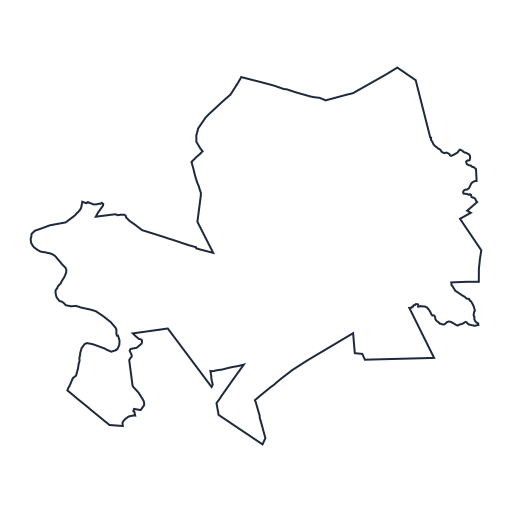 the district of Totolapa, Chiapas, Mexico
{"feature_id": "50627088B34380257966429", "entity_name": "Totolapa", "entity_type": "district", "adm_level": 2, "iso_a3": "MEX", "parent_name": "Mexico", "parent_adm1": "Chiapas", "projection": "robinson", "projection_center": [-92.674, 16.512], "detail": "fine", "context": "isolated", "style": "outline", "palette": "slate", "viewbox_px": 512, "rotation_deg": 0, "n_neighbors": 0, "source": "geoboundaries", "source_scale": "gbopen_adm2", "svg_char_len": 5968}
<svg xmlns="http://www.w3.org/2000/svg" viewBox="0 0 512 512"><path d="M82.3,201.7L81.7,205.2L81.3,206.3L81.4,206.9L81.2,207.7L80.4,209.3L78.3,211.9L77.9,212.4L77.2,212.8L75.1,215.2L74.3,215.9L65.7,222.4L49.9,225.3L41.3,228.5L35.1,230.6L31.6,233.8L31.3,236.7L30.8,238.0L30.7,239.6L30.9,241.3L31.0,242.6L32.8,245.8L33.9,247.2L36.5,249.2L39.4,251.0L41.3,251.8L45.4,252.3L47.0,252.8L48.5,253.1L49.8,253.2L50.9,253.8L53.0,254.6L54.8,255.8L55.9,256.9L58.2,259.8L58.9,260.4L61.4,263.5L62.8,265.1L63.5,265.7L64.5,266.8L65.5,267.8L66.2,269.3L66.3,270.3L66.2,272.4L64.9,275.8L64.0,277.6L61.4,281.7L61.1,282.6L60.5,283.6L59.5,284.7L58.8,285.2L58.0,286.4L57.4,287.3L57.3,288.2L56.2,289.5L55.8,290.0L55.6,290.5L55.5,291.7L55.7,293.9L56.3,296.4L56.8,297.5L57.8,299.0L58.6,299.8L58.9,300.4L59.7,301.1L61.4,301.5L62.7,302.2L64.1,303.4L65.7,305.2L67.4,305.5L68.1,305.8L69.5,305.9L70.7,306.3L76.4,305.9L76.9,306.3L78.8,306.7L80.1,307.3L84.5,308.3L90.5,309.6L95.8,311.2L103.4,316.3L110.7,322.1L115.6,327.8L116.4,329.6L116.4,333.7L116.7,335.1L117.0,335.7L118.0,335.6L119.5,340.4L119.3,345.0L117.3,349.2L116.3,349.6L116.4,349.9L116.2,350.1L111.3,351.7L106.6,349.7L104.8,348.6L93.7,344.5L91.4,343.9L86.9,343.1L84.6,344.1L81.6,348.2L80.3,352.6L80.0,355.4L79.3,358.3L79.6,360.4L79.0,363.0L78.7,363.5L78.1,367.9L76.1,375.6L72.7,378.2L72.6,378.7L69.6,385.8L68.2,388.1L67.4,390.4L74.4,396.2L76.8,398.3L88.7,407.9L89.5,408.7L92.7,411.3L101.9,418.8L104.6,421.1L106.8,422.7L109.4,425.0L122.8,426.0L122.5,423.4L122.6,422.4L123.3,421.4L123.4,421.1L125.0,419.2L128.7,416.5L133.0,415.5L135.2,415.6L134.3,411.6L133.4,411.3L133.6,410.1L134.1,408.9L140.6,410.1L142.8,407.1L144.1,405.2L144.2,403.6L144.0,402.3L143.6,400.9L142.3,398.6L138.4,392.5L132.9,386.5L132.5,385.2L129.2,360.1L130.4,358.1L131.6,356.8L131.7,356.3L131.6,354.9L129.7,350.8L129.8,350.3L130.1,349.7L130.7,348.9L136.3,347.9L136.9,347.6L141.4,343.8L141.7,343.2L141.9,342.7L142.0,340.9L141.8,340.2L141.3,339.5L139.0,339.0L135.2,335.8L132.8,333.4L167.8,328.5L211.6,387.0L212.7,384.8L212.2,382.1L211.7,380.6L211.3,377.8L211.3,376.2L210.4,371.0L213.1,371.2L215.4,370.6L217.9,370.1L222.0,369.6L227.3,368.2L233.0,366.9L237.9,366.1L243.8,364.6L232.5,380.3L221.1,396.5L220.2,398.1L216.5,403.1L218.6,414.9L262.5,444.4L265.4,438.1L263.2,430.2L262.1,425.9L259.8,418.0L259.6,415.4L259.1,413.8L255.9,402.7L254.9,400.2L260.3,395.6L268.0,389.3L270.7,387.1L273.9,384.9L275.9,383.0L281.1,378.7L292.4,370.0L306.7,360.8L353.1,333.2L354.8,353.2L362.3,353.9L364.9,359.7L434.1,357.9L409.3,307.9L411.7,307.7L412.2,306.7L413.1,306.5L413.6,305.3L414.9,305.1L415.7,304.1L416.9,304.1L417.9,304.3L418.3,305.4L418.1,306.6L418.7,306.7L420.9,306.0L421.7,306.5L422.3,306.4L424.4,306.4L425.1,306.6L426.4,307.3L427.0,307.5L427.5,307.9L428.3,309.2L428.9,309.6L430.4,312.1L431.1,313.8L432.3,315.5L433.4,315.4L434.1,315.5L434.4,315.9L435.0,316.8L435.2,317.5L435.2,318.3L435.4,319.0L436.1,320.3L436.7,321.0L437.8,321.7L439.1,322.8L439.7,323.6L440.6,323.7L443.0,324.5L444.3,324.4L446.0,323.1L446.8,322.2L448.7,321.5L450.8,321.8L451.4,322.2L451.7,322.5L452.5,322.7L456.2,325.0L456.9,325.3L457.9,325.5L458.7,324.9L459.9,324.5L462.4,323.8L465.2,322.1L465.9,322.0L466.6,322.3L467.4,323.3L468.5,324.3L469.5,324.5L470.0,324.8L474.7,325.8L478.4,325.0L478.3,323.9L478.1,323.4L477.4,322.8L476.8,322.8L476.2,322.4L476.0,322.0L475.5,321.5L474.3,319.3L474.4,316.8L473.9,316.3L473.6,314.7L473.9,313.4L474.1,311.9L474.8,310.9L474.9,310.2L474.5,309.3L474.0,307.2L472.8,304.4L471.0,301.3L469.7,300.5L469.5,299.8L469.4,299.3L469.0,298.9L466.9,298.7L466.0,298.1L465.4,297.4L463.6,296.1L462.8,295.8L457.1,291.9L455.4,290.9L453.5,287.9L452.7,286.4L451.5,285.2L451.3,282.4L466.7,281.8L478.8,281.8L478.9,268.8L479.9,259.1L481.3,250.3L460.0,218.8L470.8,212.8L467.2,210.7L477.2,202.0L475.9,200.6L475.3,198.9L474.3,198.0L473.2,197.6L472.3,197.4L471.5,196.9L471.2,196.1L471.2,195.4L471.0,194.8L469.9,194.2L469.1,194.8L468.6,194.8L467.1,193.9L466.9,194.0L463.7,193.6L463.2,193.0L463.2,192.3L463.2,191.8L463.6,190.9L464.5,190.0L465.2,189.7L467.0,189.6L469.0,188.2L470.7,184.7L471.0,183.9L471.4,183.3L472.4,182.4L473.7,181.6L474.9,181.1L476.6,180.9L476.0,169.1L473.9,167.3L473.3,167.0L472.2,166.9L471.0,165.7L470.7,165.5L469.6,165.4L469.3,165.4L466.8,164.1L466.2,162.1L466.3,161.4L466.9,160.7L468.1,160.4L468.8,160.5L469.7,160.0L470.1,157.8L470.0,155.9L469.2,154.6L468.5,154.1L465.8,152.7L464.4,152.5L462.5,150.9L460.4,149.7L459.8,149.7L459.0,150.5L457.4,152.6L456.8,153.0L454.7,154.1L454.3,154.5L451.1,155.9L450.1,155.5L449.5,154.2L448.6,153.6L447.3,152.9L446.5,152.6L445.3,152.9L444.8,153.1L444.3,153.1L443.4,152.8L441.4,151.6L441.0,150.7L440.2,149.7L439.2,148.9L438.0,148.6L437.1,147.5L435.1,146.1L433.6,144.5L431.9,141.0L431.1,140.2L431.0,138.7L431.1,137.7L430.6,137.3L430.2,137.3L415.7,80.2L397.3,67.6L384.6,75.3L352.9,93.2L346.7,94.7L325.5,100.4L324.5,99.8L319.5,97.8L314.8,97.3L310.5,96.5L295.7,92.3L286.7,89.3L284.0,89.1L273.9,85.6L262.4,82.5L241.2,77.1L239.8,79.8L239.1,80.5L238.8,81.6L238.0,82.8L236.7,84.7L236.8,84.7L231.4,93.2L230.4,94.5L230.4,94.8L229.2,95.7L227.0,97.7L226.5,98.0L220.4,103.5L209.2,113.9L205.7,117.4L198.3,128.2L197.9,129.0L197.8,130.0L196.3,135.5L196.4,139.8L196.3,141.7L200.3,148.4L202.6,151.3L200.4,153.4L200.2,153.8L196.3,157.1L193.9,159.6L192.3,161.0L192.1,161.7L191.5,162.0L193.5,169.2L194.5,173.5L195.7,177.8L197.4,183.1L198.8,186.3L199.4,188.6L200.9,192.9L200.8,195.7L197.4,221.8L213.2,252.9L198.4,249.0L196.2,248.3L196.0,247.2L188.4,245.1L171.7,239.5L167.3,238.2L165.8,237.6L142.0,230.1L135.0,224.7L130.5,221.6L128.8,220.2L126.3,217.6L125.9,216.9L125.9,216.1L124.9,215.1L124.3,214.7L122.1,214.8L120.7,214.6L120.4,214.8L117.3,215.2L116.6,214.6L114.7,214.3L95.8,216.7L98.0,212.6L102.9,205.8L103.2,203.9L102.2,203.5L101.8,202.9L101.4,203.2L100.2,203.8L99.3,203.6L97.6,204.1L95.8,204.4L93.3,204.4L91.5,203.5L90.5,203.2L89.8,203.2L89.1,202.8L88.6,202.2L87.9,202.1L87.5,202.6L87.2,202.4L86.9,202.6L86.1,203.2L82.3,201.7Z" fill="none" stroke="#1e293b" stroke-width="2"/></svg>